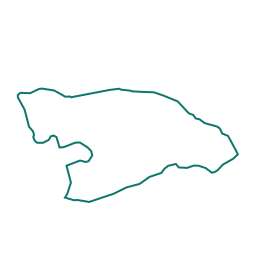 San Miguel Panán, Suchitepéquez, Guatemala (Natural Earth projection), rotated 247°
{"feature_id": "79465075B30152308361282", "entity_name": "San Miguel Panán", "entity_type": "district", "adm_level": 2, "iso_a3": "GTM", "parent_name": "Guatemala", "parent_adm1": "Suchitepéquez", "projection": "natural_earth1", "projection_center": [-91.36, 14.503], "detail": "fine", "context": "isolated", "style": "outline", "palette": "teal", "viewbox_px": 256, "rotation_deg": 247, "n_neighbors": 0, "source": "geoboundaries", "source_scale": "gbopen_adm2", "svg_char_len": 1031}
<svg xmlns="http://www.w3.org/2000/svg" viewBox="0 0 256 256"><g transform="rotate(247 128 128)"><path d="M88.6,42.8L82.7,49.9L81.6,53.1L75.1,63.4L73.1,89.1L73.9,103.4L72.0,116.9L74.6,128.7L73.6,141.2L76.3,145.7L77.5,150.3L76.2,158.0L71.8,159.4L68.2,166.8L67.7,174.0L65.6,178.4L60.7,183.9L54.1,187.7L53.6,190.4L54.1,194.0L57.2,200.8L58.6,212.8L60.8,218.8L65.0,218.6L81.6,217.0L86.1,212.6L91.7,212.3L94.5,210.6L102.6,200.4L108.0,197.3L110.3,194.1L114.6,193.1L117.8,189.7L133.1,184.1L144.4,172.9L150.8,165.7L153.6,159.6L160.1,146.2L161.5,144.7L166.0,136.6L167.6,135.2L170.3,125.7L178.5,87.7L179.7,86.8L181.3,82.5L191.4,74.7L197.9,64.2L198.7,61.5L198.3,51.5L202.4,42.7L201.4,39.4L199.2,38.6L185.3,40.0L167.9,37.4L161.9,39.3L158.2,38.7L156.8,37.3L152.4,37.2L149.8,38.8L147.6,44.0L148.0,50.4L150.5,53.7L150.1,56.6L147.6,58.6L136.8,57.4L135.5,61.4L135.1,73.7L133.5,78.0L126.1,83.1L121.0,85.1L116.7,84.4L112.9,78.8L113.2,75.9L116.8,71.1L117.3,56.7L100.0,54.1L90.9,46.2L88.6,42.8Z" fill="none" stroke="#0f766e" stroke-width="2"/></g></svg>